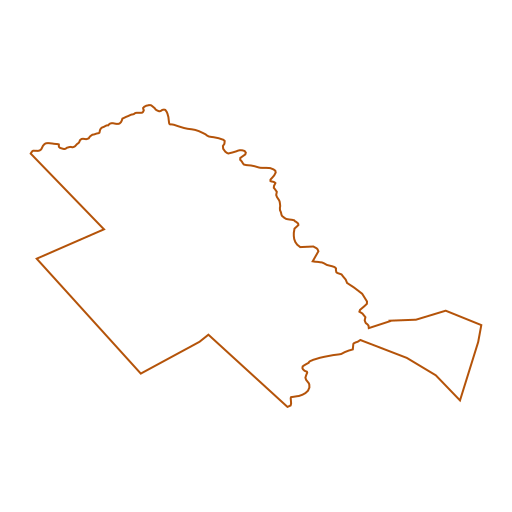 Hveragerðisbær, Suðurland, Iceland
{"feature_id": "244011B51739533992730", "entity_name": "Hveragerðisbær", "entity_type": "district", "adm_level": 2, "iso_a3": "ISL", "parent_name": "Iceland", "parent_adm1": "Suðurland", "projection": "robinson", "projection_center": [-21.201, 64.001], "detail": "fine", "context": "isolated", "style": "outline", "palette": "amber", "viewbox_px": 512, "rotation_deg": 0, "n_neighbors": 0, "source": "geoboundaries", "source_scale": "gbopen_adm2", "svg_char_len": 4706}
<svg xmlns="http://www.w3.org/2000/svg" viewBox="0 0 512 512"><path d="M157.4,110.6L155.7,109.6L154.7,108.2L153.4,107.1L151.3,105.4L150.1,105.1L148.9,105.1L148.0,105.4L146.3,105.7L145.4,106.2L144.2,106.8L143.8,107.3L143.5,107.6L143.2,107.8L143.1,108.2L143.3,109.0L143.4,109.5L143.8,110.1L143.7,110.6L143.2,111.5L142.9,112.1L142.3,112.6L141.2,112.8L140.0,112.8L139.0,112.8L138.1,112.8L136.8,112.8L135.9,112.9L135.0,113.2L134.5,113.6L134.0,114.0L132.8,114.4L131.8,114.5L130.6,114.9L128.3,116.0L126.0,116.9L124.0,117.9L122.4,118.6L121.8,120.5L121.0,122.1L120.0,123.1L119.5,123.5L119.4,123.5L118.7,123.8L117.6,123.9L116.3,123.9L115.5,123.7L114.8,123.6L113.5,123.3L112.6,123.2L111.7,123.2L110.4,123.5L109.7,123.8L108.8,124.6L108.5,125.0L108.3,125.3L107.1,125.3L106.2,125.6L105.2,126.1L104.2,126.7L103.4,127.0L102.7,127.3L101.9,127.6L101.2,128.2L100.7,128.8L100.3,129.4L100.0,130.2L99.7,131.3L99.7,131.8L99.4,132.7L98.8,133.1L98.0,133.3L97.8,133.3L96.4,133.6L95.1,134.1L93.9,134.5L92.4,134.7L91.7,135.2L90.3,136.2L89.6,137.0L89.2,137.5L88.8,138.3L88.7,138.4L87.7,138.7L86.7,139.1L85.5,139.1L84.8,139.0L84.0,138.9L83.4,138.8L82.8,138.8L82.6,138.8L81.5,139.0L80.6,139.7L79.9,140.3L79.8,140.8L79.4,141.6L79.1,142.4L78.5,143.0L77.7,143.6L77.0,144.1L75.9,145.3L75.1,146.2L74.6,146.5L73.6,147.0L72.3,147.3L71.7,147.1L70.7,146.9L69.1,147.1L68.6,147.3L67.0,147.7L66.5,148.1L65.9,148.5L65.3,148.8L64.5,149.0L63.4,148.9L61.0,148.2L59.9,147.8L59.7,147.6L59.1,147.0L58.9,146.8L58.8,145.6L58.9,145.0L58.8,144.4L57.7,144.1L56.3,144.0L53.9,143.8L52.4,143.5L52.1,143.5L49.4,143.2L48.5,143.1L47.7,143.1L46.9,143.2L46.0,143.3L45.1,143.7L44.3,144.3L43.5,145.2L42.9,145.9L42.4,147.0L42.0,147.7L41.7,148.5L41.0,149.5L40.1,150.2L39.2,150.6L38.4,150.8L37.2,150.9L36.7,150.8L35.9,150.8L34.8,150.8L33.8,150.7L33.1,150.8L32.4,151.1L32.0,151.7L31.4,152.4L30.7,153.6L103.0,228.3L104.0,229.3L37.1,258.5L36.7,258.7L140.8,373.6L142.6,372.6L199.5,341.8L208.4,334.7L286.9,406.4L287.5,406.9L290.6,405.5L291.1,403.6L291.0,401.8L290.9,400.6L290.7,398.1L291.1,397.1L293.5,396.8L297.2,396.2L298.9,396.0L302.5,394.7L305.4,393.1L308.0,390.7L309.4,387.5L309.3,384.7L308.9,383.4L306.1,379.8L305.4,377.7L306.2,375.1L307.2,372.7L306.9,371.7L304.6,370.8L302.9,369.2L302.4,368.0L302.7,366.4L303.9,365.5L305.9,364.3L307.9,363.2L308.7,362.8L308.9,362.3L309.3,361.7L310.4,361.0L311.7,360.5L313.2,359.8L315.6,359.1L319.8,357.8L324.3,356.8L333.2,355.1L338.9,354.4L341.2,354.0L344.8,352.1L349.2,350.4L350.1,350.2L352.8,349.4L353.3,344.3L353.4,343.8L353.8,343.3L354.5,343.0L355.6,342.4L356.6,342.1L357.8,341.7L360.3,340.0L406.8,357.9L435.8,375.3L460.0,400.4L478.0,342.6L478.2,341.9L481.3,325.1L480.1,324.6L445.7,310.7L416.0,319.7L389.8,320.7L390.0,321.2L369.1,328.0L368.8,328.1L368.5,325.6L367.4,324.3L365.8,323.1L365.2,321.8L364.7,320.3L365.4,317.2L362.4,313.5L359.4,311.7L360.0,309.9L364.8,305.8L366.9,303.8L367.0,301.5L362.2,293.8L354.0,287.5L347.1,283.0L345.7,279.6L343.1,276.5L341.5,274.4L337.4,273.0L336.4,272.3L335.9,270.1L336.0,268.4L334.6,267.1L332.3,266.3L327.9,265.2L326.8,264.9L323.8,263.2L321.8,262.4L320.4,262.3L318.0,261.9L314.9,261.7L312.7,261.3L318.4,251.3L317.5,249.2L316.6,248.3L313.3,246.5L300.2,247.1L300.0,246.9L297.2,244.7L295.3,242.0L294.2,239.0L293.8,235.9L293.8,232.9L294.5,228.6L297.4,226.0L298.4,225.0L298.1,223.5L296.2,221.9L294.9,221.2L294.2,220.3L292.0,219.8L289.4,219.5L287.6,219.2L286.1,218.9L285.3,218.4L284.8,218.1L284.1,217.7L283.5,217.0L282.9,216.7L282.2,216.1L281.7,215.3L281.4,214.4L281.0,212.6L280.7,211.7L280.0,210.2L279.9,207.9L280.2,206.0L279.9,203.2L279.6,201.5L279.1,200.3L277.0,197.1L276.2,195.0L276.8,191.8L274.8,189.0L273.8,187.8L274.0,185.9L275.2,183.5L275.4,183.1L274.9,182.6L274.1,182.1L273.2,181.8L272.4,181.6L272.2,181.6L271.2,181.4L270.5,181.1L270.4,179.9L270.9,179.1L272.3,177.6L274.2,175.4L275.7,172.5L275.3,170.7L273.5,169.4L270.2,168.1L266.8,167.9L263.6,167.9L260.5,167.8L258.9,167.5L254.5,166.2L252.0,165.7L251.1,165.5L246.4,165.1L246.0,165.0L244.0,164.6L243.6,164.2L243.0,163.5L241.8,161.5L241.1,160.7L240.2,159.8L240.3,157.9L245.3,154.4L245.8,152.6L244.6,151.0L243.3,150.6L242.2,150.3L239.9,150.2L238.1,150.6L236.1,151.4L232.4,152.5L229.0,153.3L228.4,153.5L227.1,153.0L225.3,151.7L223.2,148.8L222.9,146.0L224.4,143.8L224.7,141.0L223.4,139.8L218.6,138.2L213.6,137.2L211.1,136.9L208.9,136.5L207.1,135.6L205.5,134.3L202.9,133.0L198.8,131.1L195.1,129.9L191.8,129.3L187.7,128.8L184.0,128.0L180.7,127.0L178.1,126.2L174.0,124.8L171.8,124.4L170.3,124.4L169.7,124.2L169.4,123.8L169.1,123.0L168.7,119.8L168.4,117.1L167.4,113.5L166.6,111.7L166.0,110.9L165.3,109.9L164.0,109.6L162.8,109.8L162.5,109.9L162.1,110.0L161.4,110.6L160.3,111.1L159.2,111.3L157.4,110.6Z" fill="none" stroke="#b45309" stroke-width="2"/></svg>